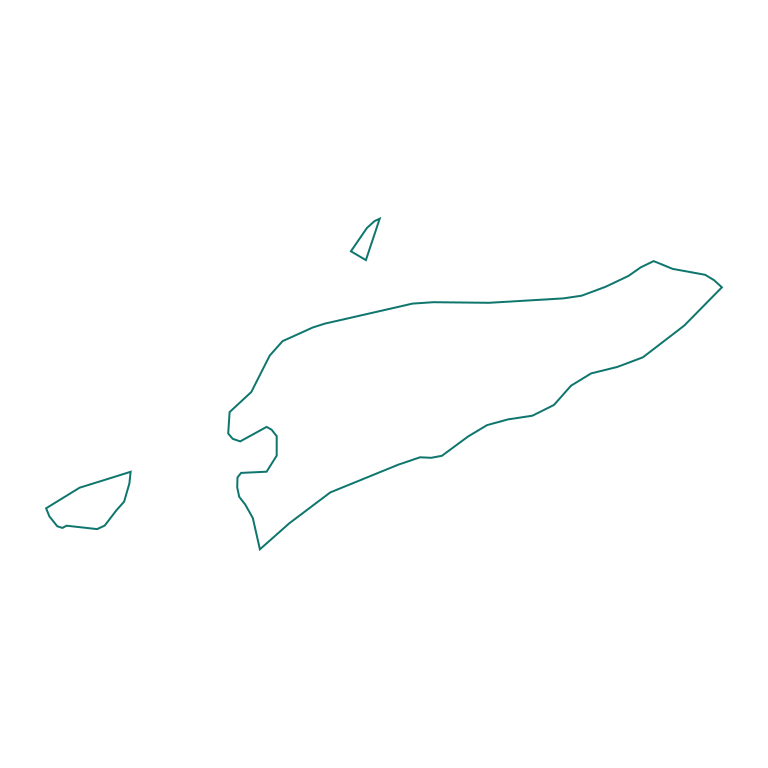 an SVG outline of East Timor
{"feature_id": "TLS", "entity_name": "East Timor", "entity_type": "country or territory", "adm_level": 0, "iso_a3": "TLS", "parent_name": "Asia", "parent_adm1": "", "projection": "natural_earth1", "projection_center": [125.525, -8.826], "detail": "fine", "context": "isolated", "style": "outline", "palette": "teal", "viewbox_px": 768, "rotation_deg": 0, "n_neighbors": 0, "source": "natural_earth", "source_scale": "50m", "svg_char_len": 961}
<svg xmlns="http://www.w3.org/2000/svg" viewBox="0 0 768 768"><path d="M259.9,549.3L252.8,518.0L245.2,504.5L239.2,496.8L237.2,487.3L237.5,477.4L241.1,472.9L266.6,471.7L276.7,455.6L276.7,436.2L271.6,429.7L266.6,426.9L240.2,441.4L232.7,438.8L228.2,433.5L229.6,412.1L251.3,392.0L269.7,355.6L282.6,341.1L312.7,327.5L324.9,323.6L412.5,303.6L433.4,302.2L489.0,302.8L563.2,298.4L581.6,295.7L605.5,286.8L628.5,275.9L640.8,267.3L653.6,261.1L672.7,268.9L705.1,274.8L713.8,280.0L721.9,287.3L684.2,325.6L642.9,357.3L617.4,366.9L591.1,373.4L571.0,385.7L554.0,404.9L532.4,415.7L508.0,419.4L487.1,425.1L468.2,436.4L441.9,455.8L431.2,457.8L420.0,457.3L398.2,464.7L330.3,492.4L289.4,523.2L259.9,549.3ZM46.1,508.3L79.6,487.7L130.6,471.8L129.4,483.4L124.1,501.7L116.4,510.3L104.7,525.6L97.1,529.1L66.5,525.7L62.5,527.9L57.3,526.3L49.4,516.4L46.1,508.3ZM379.7,218.7L365.9,260.1L350.9,251.3L366.9,228.0L374.5,221.1L379.7,218.7Z" fill="none" stroke="#0f766e" stroke-width="2"/></svg>